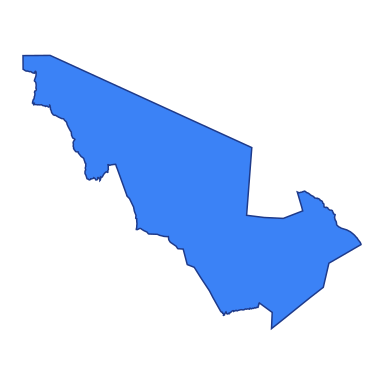 the district of Laisamis, Eastern, Kenya
{"feature_id": "3690345B46270372847124", "entity_name": "Laisamis", "entity_type": "district", "adm_level": 2, "iso_a3": "KEN", "parent_name": "Kenya", "parent_adm1": "Eastern", "projection": "albers", "projection_center": [37.15, 2.304], "detail": "fine", "context": "isolated", "style": "filled", "palette": "blue", "viewbox_px": 384, "rotation_deg": 0, "n_neighbors": 0, "source": "geoboundaries", "source_scale": "gbopen_adm2", "svg_char_len": 5722}
<svg xmlns="http://www.w3.org/2000/svg" viewBox="0 0 384 384"><path d="M361.0,244.6L360.8,243.6L360.1,242.2L358.1,239.7L357.1,238.0L356.4,237.4L354.5,235.2L352.7,233.6L350.4,231.8L346.8,229.9L341.6,228.3L341.1,228.1L340.0,227.4L339.1,227.0L338.7,226.8L336.8,225.0L336.6,224.6L336.6,223.8L336.5,223.5L336.5,223.1L336.3,222.0L336.0,221.2L335.5,220.5L335.4,220.1L335.1,219.9L335.0,219.3L334.8,218.7L334.8,218.1L334.5,217.6L334.9,215.5L335.2,214.8L335.0,214.5L334.0,214.1L333.5,213.7L333.4,213.6L333.4,213.0L333.1,212.6L333.0,212.2L332.6,211.7L332.4,210.8L332.3,210.6L331.1,210.1L330.0,210.2L329.5,209.9L329.0,209.5L328.5,209.1L328.3,208.9L328.0,208.5L327.7,207.8L326.6,207.3L326.4,207.3L326.2,207.5L325.8,207.6L325.4,207.3L324.2,207.1L324.0,206.7L323.9,204.3L323.6,203.6L322.9,203.3L322.3,201.4L321.3,200.7L321.0,200.7L320.7,200.5L320.2,200.4L320.1,200.0L319.9,199.6L318.7,198.7L318.2,198.6L317.8,198.4L317.3,198.6L317.0,198.2L316.7,198.3L315.5,198.1L314.8,198.0L314.6,197.9L314.3,197.2L313.6,196.9L313.0,196.2L312.2,195.9L310.4,194.9L309.8,194.3L308.5,193.3L307.4,192.8L306.6,192.6L305.5,191.5L304.2,191.1L303.5,191.6L302.9,191.6L301.7,192.2L300.4,192.3L299.9,192.6L299.4,192.7L298.7,192.6L297.3,192.0L301.7,207.0L302.7,210.9L283.3,218.4L264.2,217.5L246.6,215.3L251.8,147.6L50.1,55.4L23.0,55.6L23.1,69.2L23.1,69.3L24.2,69.9L25.3,70.7L25.7,70.9L26.5,71.1L27.4,71.0L27.8,71.2L28.4,71.3L29.5,71.7L30.8,71.6L31.6,72.1L32.0,72.5L33.1,73.0L34.5,73.2L34.9,73.0L34.9,72.8L34.9,72.6L34.6,72.4L34.7,72.2L35.3,71.3L35.5,71.3L35.8,71.5L36.1,72.4L36.2,72.9L36.0,75.6L35.7,76.7L34.5,80.1L34.4,80.7L34.5,81.1L35.0,81.4L35.3,81.8L35.7,82.4L35.9,83.0L36.2,85.4L35.9,88.2L36.3,88.7L36.3,89.4L36.2,90.1L35.7,90.8L35.4,91.0L34.9,91.0L34.7,91.3L34.5,92.5L34.8,92.9L34.9,93.4L34.9,94.6L34.7,95.7L34.6,96.1L34.2,96.9L34.3,97.6L34.1,98.0L34.1,98.8L33.5,99.3L33.0,100.3L32.9,101.1L32.6,101.9L32.5,103.1L32.8,103.2L33.2,103.0L33.3,103.1L33.2,103.7L33.3,103.9L33.8,103.4L34.1,103.2L34.3,103.2L34.1,104.1L33.7,104.6L33.8,104.8L34.4,104.5L34.7,104.5L37.1,104.7L37.9,104.9L38.6,104.7L39.8,104.9L41.5,104.7L42.6,105.5L44.7,105.9L45.5,106.4L45.8,106.0L46.1,106.0L46.5,106.2L47.0,106.1L48.6,107.1L49.2,106.9L49.6,106.6L49.8,106.0L49.8,105.6L49.6,105.3L49.6,105.1L49.8,105.2L50.1,105.9L50.1,106.5L50.4,107.5L50.4,108.4L50.5,109.2L50.7,109.7L51.2,110.6L51.6,112.5L52.0,113.1L53.3,114.8L54.4,115.3L55.5,115.3L57.3,116.4L57.6,116.5L58.5,117.1L59.9,117.7L61.7,118.6L62.9,118.7L63.5,118.8L63.9,119.2L64.4,120.1L66.1,121.7L66.5,122.2L66.7,122.9L66.9,123.2L67.1,124.4L68.6,127.6L69.2,128.6L69.7,129.7L70.2,130.4L70.4,130.9L71.1,131.7L71.3,132.5L71.3,133.3L71.5,134.0L71.5,135.2L71.9,136.0L72.5,137.5L72.9,138.1L73.8,138.5L74.4,139.0L74.7,139.1L74.9,139.3L74.7,139.8L73.7,141.1L73.4,141.7L73.1,142.7L73.1,143.0L73.4,143.9L73.2,146.1L73.2,146.4L73.6,147.4L73.6,148.7L74.1,149.2L74.2,149.7L75.0,150.5L75.4,151.3L75.7,151.6L77.0,151.9L77.9,151.8L78.2,151.9L78.3,152.3L78.3,152.8L78.5,153.2L80.6,155.8L81.0,156.4L83.0,157.8L83.7,158.4L84.3,160.4L84.9,162.0L85.0,162.8L85.1,163.0L85.7,163.3L85.8,163.9L85.7,165.3L85.8,166.3L85.4,167.2L85.3,168.3L85.6,169.4L85.6,169.8L85.6,170.1L85.1,171.0L85.0,171.7L85.0,173.4L85.1,173.8L85.9,175.2L86.9,178.4L87.0,178.7L87.5,179.0L88.0,179.0L88.8,179.7L89.7,179.9L90.5,179.4L90.7,178.8L91.7,178.9L92.1,178.6L92.7,178.6L93.1,178.5L93.5,178.2L93.8,177.7L95.1,178.6L95.4,179.1L95.6,179.8L96.0,180.0L96.9,179.8L97.4,179.6L97.7,178.8L97.7,177.8L97.9,177.5L98.1,177.5L99.0,177.9L99.0,178.2L99.2,178.5L99.3,178.7L99.5,178.9L99.9,178.6L100.0,178.9L99.9,180.5L100.3,180.1L100.6,178.7L100.6,177.2L101.1,177.7L101.5,177.1L102.2,177.0L102.4,176.8L102.9,175.7L104.1,173.8L104.5,173.3L106.1,171.9L106.4,171.8L107.5,172.4L107.8,172.3L107.9,171.7L107.7,171.0L107.8,170.5L108.3,169.7L108.4,169.1L108.2,168.1L108.3,166.7L108.0,164.7L108.6,164.7L108.9,164.8L109.1,165.3L109.4,165.2L110.0,165.2L111.7,164.7L112.3,164.7L113.2,164.5L114.4,164.5L115.1,164.2L115.7,164.4L116.6,167.2L117.2,168.6L127.0,195.8L126.9,195.9L128.0,197.1L129.5,198.6L133.2,206.3L133.5,206.7L134.4,211.3L136.0,215.4L135.7,218.2L136.1,218.6L136.7,218.7L136.7,220.9L137.0,224.1L136.8,225.0L136.8,225.5L136.7,227.4L136.3,229.0L136.3,229.5L136.9,229.6L137.4,229.6L137.8,229.4L139.1,228.7L139.5,228.5L140.6,228.5L141.0,228.7L142.2,229.6L144.2,230.8L146.9,232.0L148.4,233.8L148.8,234.0L157.2,234.3L157.6,234.4L159.5,235.3L162.6,236.0L163.4,236.3L165.0,236.5L167.2,236.6L168.0,236.7L168.4,236.6L168.7,239.3L168.8,239.8L169.8,241.5L170.4,242.3L171.0,242.7L176.1,246.2L177.5,248.3L177.9,248.7L178.4,248.8L179.5,248.8L183.2,249.1L187.1,264.1L187.3,264.6L192.5,266.6L194.2,267.3L194.5,267.7L200.9,277.9L209.5,290.9L212.9,297.5L220.6,311.2L221.0,311.5L221.2,311.9L221.4,312.1L221.9,312.1L222.2,312.2L222.6,313.3L223.0,313.3L223.6,314.2L223.8,314.6L223.4,315.3L223.5,315.4L224.5,314.9L224.5,314.4L224.7,314.2L224.7,313.8L224.9,313.5L225.6,312.8L225.7,312.1L226.0,311.9L226.7,313.6L227.1,313.9L227.5,314.0L228.3,313.7L229.1,313.7L229.1,313.0L229.2,312.9L230.0,312.9L230.4,312.4L231.3,311.9L232.3,310.9L233.1,310.6L233.4,310.7L233.7,311.4L234.2,311.0L234.4,310.9L234.5,311.0L235.3,310.8L235.6,310.5L236.1,310.3L236.8,310.8L237.1,310.9L238.2,310.4L240.9,309.7L241.8,309.7L242.9,309.9L243.9,309.8L245.4,309.0L246.5,309.2L247.4,308.9L248.3,308.9L248.7,309.0L249.4,309.2L249.5,309.1L249.7,308.5L250.0,308.2L250.3,308.3L250.7,308.7L251.7,308.8L252.3,308.3L253.3,308.4L253.7,308.4L254.6,307.7L255.0,307.8L255.7,308.0L256.0,307.9L256.4,307.4L257.9,307.4L258.1,307.2L258.0,306.8L258.1,306.5L258.5,306.0L258.4,305.1L258.9,304.6L258.8,303.8L259.0,303.3L259.3,302.9L272.2,312.4L271.5,328.6L280.5,321.5L310.2,297.5L323.3,287.3L328.9,263.2L361.0,244.6Z" fill="#3b82f6" stroke="#1e3a8a" stroke-width="1.5"/></svg>